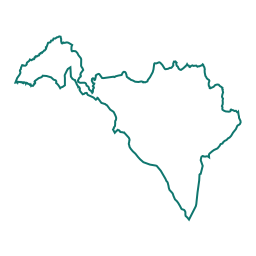 Lampung Barat, Lampung, Indonesia (Equal Earth projection)
{"feature_id": "22746128B74428971192525", "entity_name": "Lampung Barat", "entity_type": "district", "adm_level": 2, "iso_a3": "IDN", "parent_name": "Indonesia", "parent_adm1": "Lampung", "projection": "equal_earth", "projection_center": [104.16, -5.077], "detail": "fine", "context": "isolated", "style": "outline", "palette": "teal", "viewbox_px": 256, "rotation_deg": 0, "n_neighbors": 0, "source": "geoboundaries", "source_scale": "gbopen_adm2", "svg_char_len": 5533}
<svg xmlns="http://www.w3.org/2000/svg" viewBox="0 0 256 256"><path d="M83.2,70.0L82.5,68.2L81.8,67.3L81.1,65.9L81.2,59.2L80.7,58.0L78.5,55.3L77.3,52.9L76.7,52.4L76.2,51.7L75.4,51.2L73.3,51.0L72.1,51.3L71.7,50.9L71.4,49.3L71.5,46.7L72.2,45.0L68.5,42.8L67.5,42.5L66.7,42.4L64.5,42.9L64.0,42.9L63.5,42.5L63.1,42.6L62.5,43.4L62.0,43.4L61.7,43.2L61.2,41.5L61.1,40.3L61.2,39.1L60.9,38.3L60.6,36.7L59.2,36.4L57.8,37.2L56.9,37.3L55.3,38.5L53.6,38.5L52.7,40.4L51.1,40.6L50.4,42.3L48.1,42.8L46.8,46.4L46.0,47.1L46.3,47.6L45.9,48.1L46.1,48.7L45.9,49.0L44.8,50.4L44.1,50.5L43.3,51.6L42.1,52.2L42.0,52.7L41.7,52.6L40.6,53.0L40.6,53.6L39.4,54.0L39.3,54.7L39.0,55.4L38.2,55.5L37.6,56.1L37.2,56.1L36.9,56.4L36.2,56.5L35.9,56.2L35.3,56.6L35.3,57.4L34.5,57.6L34.2,59.0L33.8,59.3L32.8,59.2L31.6,60.2L29.9,59.5L29.4,60.7L27.0,62.6L26.7,63.4L26.8,64.1L26.2,65.1L25.3,65.7L23.7,65.7L23.0,65.2L22.2,65.1L21.0,67.7L20.8,69.3L20.0,70.2L19.9,70.9L20.4,72.1L20.3,73.2L19.5,74.8L17.2,78.0L15.4,82.6L16.9,82.5L17.2,82.0L17.6,82.6L17.7,82.3L18.3,81.9L19.0,81.9L20.6,82.2L20.9,82.0L21.3,82.3L21.6,82.2L21.9,82.4L22.1,82.2L22.5,82.3L22.7,82.7L23.1,82.4L23.5,82.9L23.7,82.6L24.2,82.4L24.4,82.7L25.2,82.7L25.5,83.2L25.9,83.0L26.0,83.5L26.3,83.0L27.3,83.1L27.6,83.6L28.1,83.9L28.8,83.9L29.0,84.2L29.7,84.4L30.1,85.1L30.5,85.1L30.7,84.8L31.1,86.0L31.7,85.5L32.9,85.9L34.2,84.3L34.2,83.6L34.9,83.5L35.2,83.0L35.1,82.2L34.6,81.5L34.9,81.0L38.8,78.1L41.0,77.4L42.3,76.5L42.7,75.7L46.6,76.0L51.2,77.4L53.5,79.6L55.6,80.3L56.2,81.1L56.3,81.8L56.1,83.0L57.0,83.7L58.2,85.0L59.2,86.4L60.2,88.2L60.9,87.5L62.6,86.9L64.9,85.3L64.9,78.0L64.7,75.7L64.8,75.0L66.6,71.2L67.8,69.0L70.4,67.3L70.9,76.6L72.5,78.9L74.6,80.1L75.0,80.1L75.4,81.4L76.0,82.3L76.8,84.4L77.7,85.8L78.2,87.2L78.7,86.8L79.4,87.4L79.9,88.7L79.9,89.2L79.5,89.8L80.0,90.8L80.8,92.0L82.7,94.3L84.1,93.9L84.9,93.2L86.5,92.9L86.9,93.1L87.3,94.2L87.8,94.9L93.5,97.5L95.8,99.7L96.3,99.5L96.8,99.0L97.4,97.8L97.8,98.0L101.4,102.9L105.3,104.1L105.9,104.7L107.0,105.3L110.2,109.6L113.2,111.6L113.8,112.2L115.1,114.9L115.9,116.8L116.2,118.0L116.0,119.8L115.3,120.8L115.1,122.3L115.2,123.3L115.0,125.9L114.7,126.5L113.9,127.4L113.8,128.4L113.0,129.5L114.8,132.8L116.6,130.8L117.7,129.9L118.0,130.3L118.8,130.2L119.8,131.1L120.0,131.7L120.8,132.1L122.3,132.2L123.8,132.7L124.1,132.5L128.8,137.7L129.6,139.7L130.4,139.7L129.8,139.8L129.5,140.1L129.2,141.0L129.2,141.9L128.8,143.5L128.9,144.5L129.3,145.3L129.3,145.9L129.7,147.2L130.8,148.9L132.8,151.3L135.4,153.7L138.1,157.1L140.1,159.3L143.4,162.2L150.0,164.6L155.9,165.6L156.8,166.0L160.8,170.8L165.5,178.9L166.4,181.0L167.3,181.9L167.7,182.7L168.5,185.9L168.8,187.8L169.5,189.9L172.4,193.1L172.8,193.8L173.5,196.0L175.0,199.4L176.9,201.2L178.3,203.1L180.1,206.2L181.4,208.8L181.9,209.2L183.8,209.8L184.3,210.1L185.2,211.5L185.4,212.4L185.4,214.7L185.6,215.9L187.5,217.7L189.0,219.6L195.8,206.2L196.3,204.0L197.5,192.7L199.2,180.4L199.5,174.6L200.2,173.9L200.7,173.8L202.7,165.9L200.7,160.2L201.3,157.2L202.0,156.3L201.7,155.6L202.1,156.1L202.9,156.0L203.7,156.5L205.3,156.6L206.6,156.3L207.8,156.4L209.1,157.3L208.9,155.0L209.1,154.4L209.4,153.7L212.2,151.3L214.0,150.0L217.5,148.4L219.6,145.9L220.6,144.1L222.5,143.5L223.1,142.3L224.6,140.9L226.5,140.0L228.3,138.1L229.4,137.7L229.9,137.2L231.2,135.8L233.0,132.7L235.9,129.1L237.3,125.9L237.6,125.5L238.8,124.9L239.8,124.2L240.6,122.5L240.5,121.0L239.0,117.8L239.0,116.6L238.5,114.5L238.2,112.0L237.9,112.4L237.2,112.3L235.9,110.8L234.4,111.0L233.3,110.3L232.0,110.0L231.1,109.5L230.7,109.7L230.4,111.2L229.8,111.5L228.9,111.7L225.6,111.4L223.8,110.6L222.5,109.7L222.3,108.8L222.5,107.2L221.9,106.1L222.7,104.3L222.8,102.1L222.6,100.6L223.0,98.6L222.3,97.6L222.0,96.6L222.4,94.5L223.1,92.3L222.6,90.5L222.8,89.6L222.2,88.9L222.5,87.9L221.3,86.9L219.8,86.0L218.7,84.7L217.3,84.5L215.3,85.0L213.6,86.8L210.5,88.2L210.1,88.3L209.7,88.1L209.6,87.9L209.6,86.6L208.9,86.0L208.7,84.9L208.7,83.1L209.4,80.9L208.9,79.9L207.5,79.0L206.8,78.3L206.1,76.9L205.4,75.9L204.7,72.4L204.6,69.9L204.8,69.4L204.5,68.0L204.3,67.2L203.5,66.0L203.3,65.0L202.7,64.3L201.8,65.3L199.0,66.4L198.3,66.3L197.4,66.7L196.3,65.6L193.3,65.9L192.5,65.4L191.1,65.9L189.9,67.1L189.4,66.9L188.8,65.6L187.8,65.4L187.1,64.2L186.7,65.0L185.6,66.1L185.5,66.4L185.3,66.4L183.4,68.2L181.0,69.9L180.1,69.7L178.7,68.7L177.8,66.6L176.9,66.0L176.6,65.4L176.2,63.7L176.6,62.7L176.1,62.4L175.8,61.8L175.5,61.8L175.1,61.4L174.4,61.9L173.9,61.7L173.8,61.9L173.2,63.7L173.3,65.5L171.8,67.4L170.9,68.0L170.0,67.8L168.0,68.8L165.6,69.2L165.1,69.1L164.6,68.6L162.3,64.9L160.3,62.8L159.6,62.4L159.1,62.3L156.4,63.4L154.6,63.3L154.2,63.9L153.5,69.3L152.7,72.2L150.0,77.2L147.9,79.9L147.4,81.4L145.0,82.4L143.8,82.0L143.3,82.4L142.9,82.3L142.5,81.7L141.3,81.4L138.4,82.0L135.1,81.7L132.9,80.5L130.8,79.8L129.1,78.3L128.6,78.4L127.8,77.5L126.9,76.9L126.5,75.6L126.5,74.9L125.6,72.6L125.0,72.0L123.9,71.8L123.3,72.1L122.6,72.9L121.6,75.0L118.7,75.5L115.3,76.4L114.9,76.9L114.2,77.1L113.5,76.7L103.5,78.1L102.1,78.0L99.3,74.1L98.4,73.9L96.3,74.9L95.8,75.5L95.9,75.9L95.6,77.7L95.3,78.6L95.1,79.7L94.4,80.0L93.8,78.5L92.8,78.3L92.0,79.0L91.8,80.8L93.0,83.1L94.3,83.5L94.2,84.0L92.8,86.1L93.1,86.7L93.8,87.1L93.9,87.6L93.7,88.3L93.1,88.9L93.0,89.7L92.8,90.2L93.0,90.9L92.9,91.5L92.6,92.5L92.3,92.8L92.1,92.2L91.6,91.9L91.6,91.6L90.8,90.7L90.0,90.3L89.4,89.7L89.0,89.1L88.7,87.3L88.1,86.5L86.6,85.6L86.1,83.9L85.5,83.1L84.5,82.7L80.1,82.8L78.2,81.8L77.9,80.5L79.3,77.8L80.5,76.8L80.9,76.1L80.8,75.4L80.3,74.9L80.8,73.1L83.2,70.0Z" fill="none" stroke="#0f766e" stroke-width="2"/></svg>